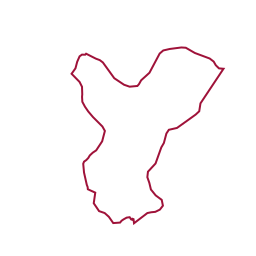 Amasya, Robinson projection, rotated 109°
{"feature_id": "TUR-2290", "entity_name": "Amasya", "entity_type": "Province", "adm_level": 1, "iso_a3": "TUR", "parent_name": "Turkey", "parent_adm1": "", "projection": "robinson", "projection_center": [35.812, 40.638], "detail": "fine", "context": "isolated", "style": "outline", "palette": "rose", "viewbox_px": 256, "rotation_deg": 109, "n_neighbors": 0, "source": "natural_earth", "source_scale": "10m", "svg_char_len": 1156}
<svg xmlns="http://www.w3.org/2000/svg" viewBox="0 0 256 256"><g transform="rotate(109 128 128)"><path d="M40.9,57.0L81.1,67.5L89.0,66.1L93.3,68.4L112.0,81.7L116.4,88.8L120.7,89.9L130.5,89.2L135.5,90.2L152.6,90.4L162.8,94.9L168.2,93.7L172.9,90.0L178.7,86.3L182.7,79.9L185.0,72.7L190.1,69.7L194.8,71.3L198.4,74.9L200.1,78.6L202.1,82.0L216.1,91.3L212.4,93.1L212.4,94.2L213.4,94.2L213.4,95.3L211.8,97.4L213.2,100.1L215.9,102.5L217.8,103.9L220.0,104.7L222.7,111.0L218.2,117.2L216.0,122.4L216.0,128.3L210.3,135.9L199.8,137.9L199.0,146.0L198.0,146.5L197.0,146.9L195.1,148.5L184.4,155.1L176.4,158.7L174.1,158.6L171.9,157.0L169.3,155.8L166.4,155.2L162.8,153.3L159.5,150.8L149.0,148.1L138.3,148.9L134.9,152.7L129.1,164.6L125.3,171.0L121.9,175.6L118.1,179.7L113.5,181.6L111.1,182.2L104.0,184.9L100.2,188.8L95.1,199.0L88.7,197.1L81.9,197.6L76.0,197.1L73.6,195.4L72.6,192.3L71.4,191.8L72.9,180.9L73.0,176.8L74.2,173.1L85.4,157.2L88.4,145.8L88.4,139.9L85.2,132.8L83.0,131.9L78.6,131.1L68.8,125.7L47.3,122.3L43.2,119.9L39.7,114.3L34.5,103.8L33.3,99.5L35.3,89.2L35.7,73.4L37.3,68.6L40.1,65.4L42.0,61.4L40.9,57.0Z" fill="none" stroke="#9f1239" stroke-width="2"/></g></svg>